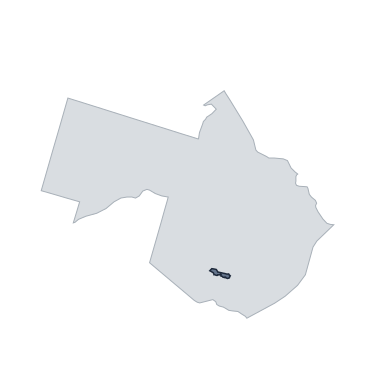 location of San Carlos Sija, Totonicapán, Guatemala, rotated 286°
{"feature_id": "79465075B11845713959586", "entity_name": "San Carlos Sija", "entity_type": "district", "adm_level": 2, "iso_a3": "GTM", "parent_name": "Guatemala", "parent_adm1": "Totonicapán", "projection": "equal_earth", "projection_center": [-91.578, 15.079], "detail": "fine", "context": "in_parent", "style": "filled", "palette": "slate", "viewbox_px": 384, "rotation_deg": 286, "n_neighbors": 0, "source": "geoboundaries", "source_scale": "gbopen_adm2", "svg_char_len": 3104}
<svg xmlns="http://www.w3.org/2000/svg" viewBox="0 0 384 384"><g transform="rotate(286 192 192)"><path d="M85.8,279.5L87.2,277.6L88.4,273.4L89.8,269.1L88.9,264.0L88.4,260.0L90.0,254.0L89.9,249.6L90.7,246.8L93.1,245.1L94.3,241.7L87.5,230.0L87.5,227.4L88.4,224.1L94.0,211.6L100.6,196.8L107.9,180.5L112.3,170.7L128.3,170.7L138.9,170.7L152.4,170.7L167.0,170.6L176.6,170.6L180.6,170.5L179.9,164.1L180.4,157.1L182.1,150.7L182.1,147.9L179.3,144.4L173.7,142.4L170.6,139.4L170.6,135.5L169.2,130.8L166.6,125.3L161.0,119.7L152.5,114.0L145.3,106.3L139.4,96.6L134.4,90.4L130.5,87.8L129.6,86.4L140.9,86.6L151.6,86.7L151.6,72.8L151.7,60.5L151.7,46.7L171.1,46.7L194.2,46.7L218.2,46.8L237.0,46.8L248.1,46.8L247.7,64.0L247.2,83.9L246.8,98.6L246.3,118.2L245.8,138.2L245.1,165.5L244.7,183.2L244.9,183.6L251.2,182.8L260.6,183.5L262.9,183.5L265.7,185.0L268.0,185.5L272.7,189.5L278.3,192.5L281.8,186.4L280.0,182.7L278.5,180.9L278.8,179.2L298.2,195.0L295.9,197.4L291.0,203.0L282.1,212.7L274.2,221.3L266.5,229.1L259.6,236.1L258.8,236.8L250.0,241.8L248.5,244.1L246.6,254.1L245.8,256.5L247.4,262.1L249.0,270.6L248.5,275.1L242.4,280.6L239.7,285.5L238.4,288.7L237.3,287.9L235.5,287.6L231.1,288.9L229.0,289.1L227.2,290.6L227.1,293.6L228.2,298.6L228.7,301.2L227.5,302.4L222.1,305.4L220.0,308.3L218.0,312.9L215.6,314.9L213.1,314.5L211.4,315.2L207.7,318.6L202.1,325.3L199.1,330.3L199.0,334.0L199.6,337.3L179.2,325.5L172.4,323.5L143.7,323.8L131.4,319.2L117.4,310.2L107.9,302.1L85.8,279.5Z" fill="#d9dde1" stroke="#a8b0b8" stroke-width="1"/><path d="M120.0,241.3L120.3,241.5L120.5,241.6L120.7,241.9L120.8,241.9L120.9,242.0L120.9,242.5L120.6,242.8L120.3,242.7L120.1,242.8L119.3,242.8L119.3,243.0L119.2,243.4L119.2,244.3L119.1,244.6L118.9,244.8L118.6,245.3L118.7,245.6L118.7,246.8L118.7,247.0L118.8,247.2L119.0,247.2L119.3,247.1L119.4,247.3L119.3,247.6L119.3,247.8L119.2,247.9L119.2,248.0L118.9,248.1L118.8,248.3L118.8,248.7L118.7,249.6L118.7,250.1L118.8,250.2L119.1,250.6L119.2,250.9L119.5,251.2L119.5,251.3L119.7,251.5L119.8,251.6L120.4,251.6L120.8,251.6L121.0,251.7L121.5,251.7L122.0,251.9L122.1,251.7L121.9,251.6L121.9,251.4L122.0,251.3L122.1,251.1L122.3,250.9L122.6,250.7L122.8,250.4L123.0,250.3L123.3,249.9L123.2,249.8L123.2,249.7L123.1,249.1L122.9,248.8L122.8,248.7L122.7,248.4L122.7,248.2L122.7,247.9L122.7,247.6L122.7,246.9L122.7,246.1L122.7,245.8L122.6,245.4L122.6,245.1L122.6,244.8L122.5,244.3L122.5,242.8L122.4,242.0L122.4,241.2L122.3,240.4L122.3,239.9L122.2,239.3L122.2,238.9L122.3,238.9L122.5,238.7L122.9,238.2L123.6,237.3L123.8,237.2L124.2,236.7L124.2,236.4L124.1,234.8L124.0,234.2L124.0,233.7L123.9,233.1L123.8,232.2L123.6,232.0L123.2,231.9L122.6,231.5L122.2,231.3L122.0,231.2L121.6,231.0L121.2,230.8L121.0,231.7L120.9,232.2L120.8,232.7L120.7,232.8L120.6,233.4L120.5,233.7L120.4,234.1L120.3,234.7L120.2,234.8L119.7,235.2L118.5,236.0L118.7,236.3L118.8,236.5L118.8,236.8L118.7,237.3L118.6,238.0L118.6,238.4L118.7,238.7L118.7,238.8L118.7,239.1L118.8,239.3L119.2,239.6L119.6,239.6L119.7,239.8L119.7,240.1L119.7,240.6L119.8,240.9L119.9,241.0L120.0,241.2L120.0,241.3Z" fill="#64748b" stroke="#1e293b" stroke-width="1.5"/></g></svg>